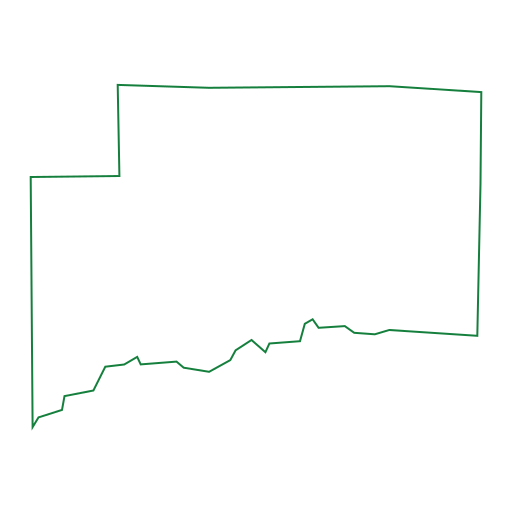 the district of Clinton, Illinois, United States of America
{"feature_id": "52423323B49787414673276", "entity_name": "Clinton", "entity_type": "district", "adm_level": 2, "iso_a3": "USA", "parent_name": "United States of America", "parent_adm1": "Illinois", "projection": "equal_earth", "projection_center": [-89.453, 38.58], "detail": "fine", "context": "isolated", "style": "outline", "palette": "green", "viewbox_px": 512, "rotation_deg": 0, "n_neighbors": 0, "source": "geoboundaries", "source_scale": "gbopen_adm2", "svg_char_len": 536}
<svg xmlns="http://www.w3.org/2000/svg" viewBox="0 0 512 512"><path d="M389.5,86.2L209.0,87.8L117.7,84.9L119.2,164.6L119.4,176.0L30.7,177.0L32.6,427.1L38.5,417.4L62.0,409.9L64.5,396.1L93.4,390.5L105.3,366.7L124.2,364.5L137.2,356.9L140.7,364.4L176.5,361.6L183.7,367.7L209.1,371.8L230.3,360.1L235.6,350.3L251.5,340.0L265.4,352.2L269.4,343.5L300.0,341.2L304.8,323.8L312.6,319.3L318.6,327.8L344.8,326.1L354.2,332.8L374.8,334.3L389.2,330.0L477.3,335.8L480.5,183.5L481.3,92.1L389.5,86.2Z" fill="none" stroke="#15803d" stroke-width="2"/></svg>